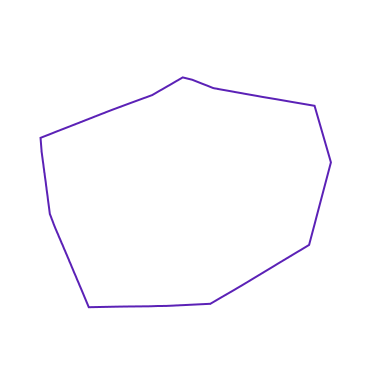 Zuunmod, Töv, Mongolia (orthographic projection), rotated 73°
{"feature_id": "93677404B29507747190159", "entity_name": "Zuunmod", "entity_type": "district", "adm_level": 2, "iso_a3": "MNG", "parent_name": "Mongolia", "parent_adm1": "Töv", "projection": "orthographic", "projection_center": [106.938, 47.703], "detail": "fine", "context": "isolated", "style": "outline", "palette": "violet", "viewbox_px": 384, "rotation_deg": 73, "n_neighbors": 0, "source": "geoboundaries", "source_scale": "gbopen_adm2", "svg_char_len": 2846}
<svg xmlns="http://www.w3.org/2000/svg" viewBox="0 0 384 384"><g transform="rotate(73 192 192)"><path d="M279.7,297.3L282.1,289.0L289.1,265.3L291.0,258.1L293.3,250.4L295.1,243.4L295.5,241.8L295.8,240.5L296.4,238.3L296.7,237.0L296.8,236.5L296.8,236.4L297.0,235.9L302.1,215.7L304.2,207.4L304.3,207.3L301.1,193.8L297.9,179.9L297.2,177.1L295.7,170.8L289.6,146.5L288.8,143.3L286.7,134.9L285.8,131.5L280.0,108.2L279.9,107.8L279.8,107.3L279.7,106.9L279.6,106.5L279.5,106.0L279.4,105.6L279.3,105.1L279.2,104.7L279.1,104.4L279.0,104.0L278.9,103.6L278.1,100.5L278.1,100.4L277.2,96.9L277.0,96.1L276.9,95.6L276.7,95.4L274.9,94.3L266.7,89.2L258.2,83.9L253.3,80.9L249.1,78.3L204.3,50.5L199.2,50.4L145.4,49.6L135.1,70.1L128.1,83.9L121.7,96.8L120.3,99.5L119.2,101.6L112.9,114.0L112.6,114.5L109.5,120.6L108.8,122.0L108.6,122.3L106.8,125.8L101.0,137.2L100.9,137.2L100.3,138.4L99.4,140.3L98.9,141.1L98.6,141.6L94.6,146.5L94.0,147.3L91.5,150.5L84.7,159.0L80.1,166.7L79.7,167.4L80.2,169.4L80.3,169.7L80.6,171.2L81.0,172.7L81.3,174.3L81.7,175.9L82.1,177.6L82.5,179.2L82.9,180.9L83.3,182.6L83.6,184.1L84.0,185.8L84.4,187.5L84.8,189.2L85.2,190.9L85.5,192.4L85.9,194.2L86.3,195.9L86.7,197.5L87.1,199.2L87.4,200.6L87.7,201.6L87.7,202.3L87.8,203.8L87.9,205.6L88.0,207.3L88.1,208.9L88.1,210.0L88.2,211.7L89.0,226.1L90.0,243.3L90.5,250.5L90.5,250.9L90.7,252.3L90.8,254.2L90.9,255.8L91.0,257.1L91.1,258.2L91.2,259.0L91.2,260.1L91.3,260.6L91.3,261.1L91.4,261.6L91.4,262.1L91.4,262.7L91.5,263.3L91.5,263.8L91.6,264.4L91.6,265.0L91.7,265.5L91.7,266.1L91.8,266.6L91.8,267.2L91.8,267.8L91.9,268.3L91.9,268.9L92.0,269.5L92.0,270.1L92.1,270.6L92.1,271.2L92.1,271.8L92.2,272.3L92.2,273.0L92.3,273.5L92.3,274.0L92.4,274.5L92.4,275.1L92.4,275.6L92.5,276.1L92.6,277.1L92.6,277.6L92.6,278.1L92.8,279.8L93.0,283.1L93.7,292.1L94.6,304.4L95.0,308.8L95.9,321.0L106.7,323.4L109.0,323.9L109.1,324.0L111.2,324.3L113.5,324.7L116.6,325.2L119.5,325.7L120.3,325.8L122.2,326.1L124.9,326.6L127.6,327.0L130.1,327.5L130.5,327.5L130.8,327.5L132.8,327.9L133.5,328.0L134.6,328.2L136.6,328.5L139.8,329.0L143.0,329.6L145.7,330.0L146.5,330.2L147.8,330.4L154.0,331.4L156.7,331.9L165.8,333.4L171.6,334.4L172.1,334.3L172.3,334.3L174.7,334.1L177.2,334.0L177.9,333.9L179.6,333.8L181.0,333.7L181.6,333.7L181.9,333.7L183.8,333.5L184.0,333.5L184.5,333.5L185.2,333.4L186.2,333.3L186.8,333.3L187.3,333.2L187.5,333.2L188.3,333.1L189.1,333.0L191.3,332.8L193.3,332.5L195.0,332.4L196.8,332.2L199.0,331.9L199.6,331.9L201.1,331.7L202.7,331.6L204.5,331.3L206.7,331.1L209.1,330.9L211.2,330.6L213.6,330.4L215.9,330.1L218.3,329.9L220.6,329.6L222.6,329.5L223.9,329.3L226.6,329.0L228.2,328.9L229.8,328.7L231.8,328.5L234.2,328.3L236.6,328.0L239.2,327.7L241.9,327.5L245.9,327.0L248.4,326.8L251.8,326.4L254.8,326.1L257.7,325.8L260.9,325.5L262.8,325.3L272.0,324.4L279.7,297.3Z" fill="none" stroke="#5b21b6" stroke-width="2"/></g></svg>